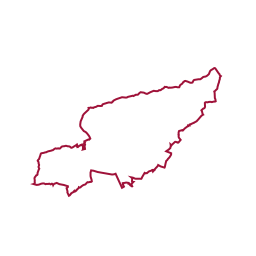 the district of Stefan Cel Mare, Bacau, Romania, rotated 207°
{"feature_id": "2599482B13228662161782", "entity_name": "Stefan Cel Mare", "entity_type": "district", "adm_level": 2, "iso_a3": "ROU", "parent_name": "Romania", "parent_adm1": "Bacau", "projection": "mercator", "projection_center": [26.858, 46.192], "detail": "fine", "context": "isolated", "style": "outline", "palette": "rose", "viewbox_px": 256, "rotation_deg": 207, "n_neighbors": 0, "source": "geoboundaries", "source_scale": "gbopen_adm2", "svg_char_len": 5685}
<svg xmlns="http://www.w3.org/2000/svg" viewBox="0 0 256 256"><g transform="rotate(207 128 128)"><path d="M68.8,216.4L69.6,216.5L70.4,216.9L71.1,217.6L71.9,217.8L77.2,220.7L77.7,220.8L78.3,220.6L78.5,220.3L79.3,218.8L80.4,217.1L80.7,215.9L80.4,212.7L81.3,210.4L81.9,209.5L82.2,209.1L83.7,208.0L84.2,207.5L84.8,206.0L85.6,204.4L85.8,204.2L87.5,203.3L90.8,200.9L91.1,200.4L91.2,200.0L91.2,198.2L91.2,197.8L91.7,197.3L93.0,196.6L96.0,196.4L98.2,196.0L98.7,195.7L99.1,195.1L99.2,194.4L99.6,194.0L99.8,192.2L100.7,190.5L101.0,189.7L101.0,189.3L100.8,187.9L100.9,187.5L102.6,186.7L103.6,186.5L104.5,186.1L106.7,184.3L108.4,183.2L109.1,183.0L109.5,182.8L109.7,182.4L110.1,182.2L112.3,182.1L113.1,181.6L113.9,181.4L114.4,179.4L115.2,178.5L115.5,177.9L115.8,177.1L116.6,176.1L117.4,175.9L118.2,174.4L119.9,173.5L122.0,172.8L124.3,170.1L126.2,167.4L126.6,167.0L128.0,166.7L129.9,166.7L133.0,165.6L133.3,165.1L133.8,164.0L134.2,162.4L135.0,161.7L136.0,161.3L136.3,161.0L136.4,160.7L136.7,160.4L137.6,159.0L138.3,159.0L141.5,156.3L142.2,155.7L142.6,155.0L143.5,154.2L147.3,152.7L150.8,149.1L151.8,148.0L153.3,145.9L153.4,144.9L153.8,144.6L153.8,143.8L154.1,143.1L155.7,142.5L157.0,141.9L157.4,141.4L158.7,140.3L159.0,139.8L159.7,139.3L161.3,137.6L161.4,137.3L161.3,135.9L162.3,135.2L165.0,134.0L166.1,132.3L167.5,131.1L168.0,130.2L168.5,130.2L169.2,129.6L170.4,129.4L170.6,129.2L170.9,129.1L171.3,128.4L171.7,128.1L172.2,128.1L172.3,128.0L171.9,127.6L171.6,127.1L171.6,126.2L173.5,121.0L173.8,119.8L173.9,118.1L173.5,117.4L173.2,112.4L172.2,109.5L171.7,108.6L171.3,107.9L169.9,107.0L166.0,105.2L163.9,105.2L162.0,104.6L159.1,103.2L158.2,102.6L156.8,101.4L157.4,99.9L158.0,99.9L160.8,96.3L159.8,95.5L160.2,94.7L159.9,94.5L159.7,94.7L158.7,93.7L158.8,93.4L158.7,93.2L158.8,93.1L158.6,92.4L159.2,91.8L159.1,91.6L159.0,91.0L158.2,91.8L156.8,89.8L158.4,88.4L158.4,88.7L158.7,89.0L158.8,89.5L159.0,89.7L159.0,90.0L159.5,90.6L159.7,91.0L159.8,91.2L160.2,91.5L160.0,91.8L160.4,92.2L160.5,92.0L161.0,92.7L161.7,92.2L161.7,91.8L162.1,91.3L162.5,91.3L162.9,90.5L163.1,90.4L163.3,90.1L164.0,88.3L164.3,88.3L164.5,88.1L164.8,88.5L165.2,88.5L165.3,88.6L165.4,89.3L165.5,89.6L166.0,90.1L166.6,88.8L167.6,87.3L168.2,86.2L168.8,85.3L169.4,84.7L169.7,84.6L171.2,85.0L171.5,84.9L172.3,84.9L173.1,84.4L175.2,84.0L176.7,82.7L177.6,82.2L178.6,81.3L179.3,78.9L180.1,78.3L181.0,78.2L182.0,77.3L183.4,76.9L184.1,75.9L184.7,74.5L185.0,74.0L185.5,73.7L186.3,72.8L187.2,72.1L187.6,71.7L188.4,71.1L189.6,69.7L189.9,69.2L190.7,68.7L191.8,67.6L193.8,66.1L194.0,65.4L193.6,63.3L193.5,62.1L193.3,61.1L193.2,59.8L193.6,58.6L193.6,57.8L192.2,57.0L191.9,56.5L191.4,55.6L190.6,55.0L190.3,54.4L190.1,52.8L189.7,52.3L188.6,51.5L188.6,50.0L188.4,48.5L188.2,47.0L187.5,45.4L187.6,44.9L188.3,44.1L188.4,42.7L188.7,41.7L188.5,40.7L187.3,39.0L187.0,38.2L186.2,36.9L186.2,35.9L186.3,35.6L186.7,35.2L183.6,35.8L182.2,36.7L181.5,37.3L180.0,39.0L178.5,40.1L177.4,40.5L176.1,40.5L175.8,40.6L175.4,41.1L173.7,41.9L173.0,42.6L172.3,42.7L171.5,42.6L171.4,42.7L171.0,43.0L170.6,43.8L170.2,43.9L169.0,43.4L168.8,43.2L168.8,43.7L168.3,44.9L167.5,45.7L166.6,46.7L163.7,46.8L159.3,48.1L155.1,48.8L155.0,48.6L155.1,48.3L154.8,47.9L155.4,46.5L153.5,44.5L153.1,44.0L152.8,43.1L149.9,40.8L149.3,41.7L149.2,42.6L149.0,42.9L149.0,43.3L149.1,43.7L148.7,44.3L148.4,45.0L147.2,46.5L147.5,46.9L147.2,48.0L146.6,48.0L146.1,47.8L146.0,48.0L145.6,48.9L145.7,49.8L145.3,50.2L144.7,52.6L144.8,52.9L144.0,52.9L143.7,53.2L143.4,53.6L143.0,54.9L142.0,56.7L141.6,57.2L140.6,58.1L140.3,58.6L139.8,60.6L139.5,61.3L138.8,61.5L137.7,62.4L137.6,62.6L136.6,63.1L136.2,63.5L136.0,64.0L137.1,65.5L138.5,66.9L139.3,67.8L139.9,68.8L141.2,71.4L141.3,72.1L141.6,73.5L139.2,74.3L135.1,75.0L121.1,79.3L119.4,80.4L118.3,81.6L106.2,72.0L105.8,72.6L105.0,73.9L107.0,75.4L106.9,75.7L107.2,75.9L107.6,76.5L105.5,78.0L105.0,78.5L102.7,79.3L102.3,78.7L101.9,79.1L101.4,78.7L100.0,78.0L97.9,77.8L97.8,78.0L98.2,78.2L98.9,79.0L99.6,79.6L99.7,79.8L99.6,80.2L99.3,80.5L98.7,82.4L99.5,82.1L100.1,82.2L100.3,82.4L101.0,84.2L101.3,84.8L101.9,85.3L102.7,85.5L100.9,86.0L98.6,86.1L98.1,86.3L93.1,88.8L93.0,89.1L93.1,90.8L92.8,95.6L91.6,95.6L91.1,96.2L90.6,96.4L89.7,98.7L88.8,99.7L88.0,100.4L87.3,101.7L87.1,101.8L86.0,100.6L85.7,101.7L85.2,102.8L85.3,103.0L85.6,103.0L85.2,104.1L85.0,105.1L84.7,105.9L84.2,108.0L84.3,108.7L81.4,108.6L77.5,109.3L77.5,110.0L78.1,112.3L78.5,113.7L79.0,116.1L78.5,117.2L78.4,118.5L77.7,120.8L77.5,123.8L78.1,125.1L83.4,124.6L83.0,125.5L82.5,126.0L82.2,127.0L81.6,127.8L81.6,128.5L81.2,129.3L81.7,131.2L82.1,132.0L82.6,132.7L82.2,132.6L81.4,132.1L81.3,132.9L79.8,137.0L79.1,137.4L77.0,137.5L76.8,137.6L76.8,137.8L77.0,138.0L76.4,138.3L75.7,141.3L77.9,142.3L78.6,142.8L78.9,143.2L79.3,143.9L79.5,144.7L79.6,144.9L80.0,145.0L80.1,145.6L80.7,146.5L81.1,148.0L81.1,148.6L80.6,149.0L78.8,150.7L78.4,150.4L78.0,150.6L77.2,153.4L75.4,157.1L75.5,157.3L75.2,157.3L75.3,157.7L74.9,158.3L74.7,158.3L74.7,158.5L74.4,158.5L74.5,158.7L74.4,158.8L74.5,159.0L74.5,159.3L73.8,160.0L73.6,160.0L73.0,161.0L72.5,161.5L72.0,162.3L71.7,162.4L71.4,163.0L69.9,165.2L69.7,166.1L69.3,167.4L68.2,172.0L67.5,173.5L67.1,174.0L68.0,174.5L68.7,175.3L69.7,176.5L70.6,177.0L70.6,177.4L70.1,178.4L69.9,179.2L69.0,180.3L68.9,180.7L68.9,181.2L69.0,181.8L69.3,182.5L69.6,182.9L70.7,184.9L70.9,185.2L70.8,185.8L70.7,186.0L70.1,186.5L68.9,186.9L67.7,188.0L66.1,188.9L65.1,189.1L64.5,189.6L63.9,190.2L63.5,190.5L62.5,191.0L62.0,191.6L63.2,193.3L64.2,194.1L66.8,198.7L67.7,199.7L67.4,200.1L66.9,201.7L66.6,202.6L66.4,202.9L66.3,203.6L66.9,205.3L67.2,206.9L67.5,208.2L67.6,209.3L67.7,210.1L68.0,210.9L68.2,211.8L68.4,213.3L69.1,214.8L69.1,215.1L68.8,216.4Z" fill="none" stroke="#9f1239" stroke-width="2"/></g></svg>